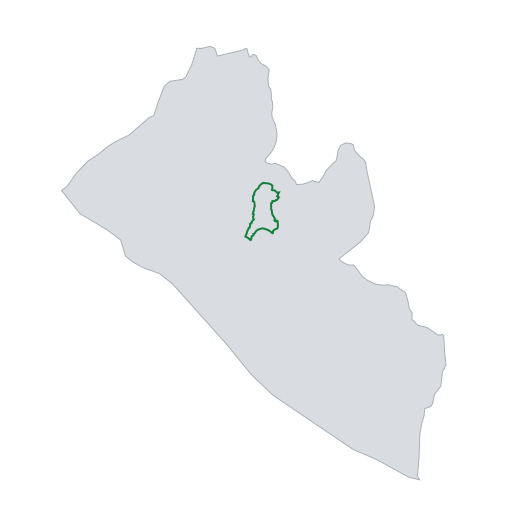 location of Jorquelleh, Bong, Liberia, rotated 6°
{"feature_id": "62588387B10332133917800", "entity_name": "Jorquelleh", "entity_type": "district", "adm_level": 2, "iso_a3": "LBR", "parent_name": "Liberia", "parent_adm1": "Bong", "projection": "mercator", "projection_center": [-9.438, 6.901], "detail": "fine", "context": "in_parent", "style": "outline", "palette": "green", "viewbox_px": 512, "rotation_deg": 6, "n_neighbors": 0, "source": "geoboundaries", "source_scale": "gbopen_adm2", "svg_char_len": 4497}
<svg xmlns="http://www.w3.org/2000/svg" viewBox="0 0 512 512"><g transform="rotate(6 256 256)"><path d="M55.7,211.1L60.9,206.7L68.5,192.6L79.1,179.0L89.0,171.0L96.9,162.7L105.2,156.4L117.1,149.0L135.3,129.5L139.6,127.2L142.5,113.7L147.1,96.5L152.3,91.2L164.7,88.0L167.6,85.0L172.0,72.9L174.9,58.8L175.1,55.7L180.0,55.3L188.4,52.3L193.2,53.7L195.3,57.7L196.5,61.2L221.8,52.4L224.0,50.5L225.3,50.8L228.5,58.8L230.3,58.3L231.9,56.0L233.6,55.8L235.5,56.9L237.5,60.6L240.7,63.9L246.2,66.2L249.7,69.4L249.3,77.9L250.7,86.2L253.0,88.1L254.3,93.0L254.9,98.4L256.3,101.2L257.2,106.7L256.7,112.5L257.7,116.6L261.7,123.7L264.2,132.7L264.3,139.0L262.8,145.7L260.1,151.7L255.4,158.4L255.0,161.0L257.8,162.7L262.1,163.1L265.6,161.7L274.6,164.7L279.3,169.1L283.4,174.5L287.1,177.3L288.8,180.7L295.1,179.7L302.5,176.4L304.0,174.9L306.2,175.7L311.0,176.1L314.3,170.2L317.0,163.4L322.8,156.0L325.6,153.1L326.3,148.4L326.6,142.4L328.7,137.1L333.4,134.2L338.5,134.2L341.3,135.3L342.7,140.4L346.8,144.3L350.3,147.0L352.2,148.1L355.1,151.1L357.9,161.4L368.8,194.6L368.3,203.7L366.1,209.7L366.1,215.6L365.3,221.4L358.6,230.8L338.9,250.2L340.4,251.9L345.1,254.1L349.9,255.3L353.9,254.7L358.8,259.5L364.1,265.6L369.8,268.7L377.9,271.5L385.0,271.8L391.0,270.8L399.6,272.0L408.6,277.0L411.9,285.3L414.0,292.5L417.2,296.2L417.6,302.5L424.1,308.0L433.2,309.1L445.2,315.5L448.2,315.2L449.5,314.4L451.0,315.6L454.0,334.2L456.3,344.1L455.1,348.1L453.5,351.2L453.4,366.2L448.0,374.9L447.1,384.3L445.6,387.4L439.8,390.1L439.8,397.4L438.2,406.1L437.6,415.5L439.2,439.9L439.5,458.0L442.1,461.5L430.9,460.0L397.9,446.1L372.5,438.1L287.4,392.7L263.7,374.4L236.4,347.2L175.8,292.4L161.9,283.6L144.5,279.3L133.7,274.7L126.1,269.6L119.9,254.4L104.8,245.3L76.8,232.5L55.7,211.1Z" fill="#d9dde1" stroke="#a8b0b8" stroke-width="1"/><path d="M274.5,223.0L274.4,222.3L274.0,220.2L273.9,219.6L273.8,219.0L273.3,218.7L272.4,219.2L272.0,219.5L271.3,219.4L270.9,219.1L270.7,218.6L270.6,218.4L271.2,217.6L270.5,216.3L270.2,215.9L268.9,214.2L268.1,213.4L267.9,212.7L267.4,211.4L267.4,211.2L267.0,209.6L266.8,208.6L266.2,208.0L266.1,207.3L266.0,205.8L265.9,205.5L265.8,204.6L265.6,203.0L265.5,201.9L266.1,201.5L266.6,201.3L266.6,201.2L266.6,199.6L267.8,199.6L269.0,199.3L269.2,199.1L269.6,198.6L269.7,198.4L270.4,198.4L270.5,198.4L270.7,198.2L271.0,198.0L272.0,196.4L272.6,195.3L270.8,194.6L270.7,194.3L271.5,193.5L271.5,193.2L271.5,192.5L271.4,191.7L271.5,191.5L272.0,190.9L272.2,190.4L270.3,190.8L269.7,190.2L268.8,189.5L267.7,189.0L267.6,188.9L267.2,188.8L265.1,188.8L265.0,188.3L265.1,185.8L264.9,184.8L264.9,184.6L264.9,184.3L263.1,183.1L262.6,183.0L261.4,182.7L260.0,182.5L259.6,182.5L258.8,182.6L257.9,182.6L256.9,182.5L256.0,182.7L255.8,182.8L255.5,182.7L255.4,182.6L254.9,182.9L254.4,183.3L253.3,184.4L253.2,184.5L252.8,184.9L251.6,186.9L251.6,187.1L251.5,188.2L250.1,189.4L250.0,189.5L249.1,190.4L248.3,191.9L248.2,192.0L248.1,192.4L247.9,193.1L247.5,193.8L247.6,194.2L247.9,194.9L247.8,195.2L247.6,195.1L247.5,195.4L247.6,195.7L247.1,196.2L247.0,196.3L246.9,196.5L246.9,196.9L246.8,197.3L246.9,198.2L247.0,198.6L247.1,199.4L247.1,199.6L247.1,200.4L247.1,200.5L247.0,200.8L247.3,201.1L247.2,201.8L248.0,201.9L248.1,202.1L248.3,202.2L248.7,202.8L248.8,203.3L248.9,203.5L249.0,204.1L249.5,206.2L249.6,206.7L249.2,208.0L249.2,208.4L249.1,209.4L249.1,210.7L248.9,211.5L248.7,212.1L248.9,212.3L248.4,214.3L249.0,214.6L249.3,214.8L249.5,214.9L249.2,216.1L249.1,216.7L248.9,217.1L249.2,217.9L249.3,218.8L250.1,219.9L250.0,220.0L249.1,220.9L249.0,221.0L248.4,222.2L248.4,222.4L248.3,223.3L248.2,223.3L247.6,223.6L247.0,224.3L246.8,224.5L247.2,225.3L246.9,225.7L246.9,226.3L246.9,227.7L246.6,228.6L245.8,228.8L245.6,230.1L245.0,231.5L244.9,231.7L244.6,233.0L244.5,233.6L244.4,234.4L243.9,236.1L243.8,236.5L243.5,237.1L243.5,238.0L244.8,238.2L245.6,238.7L245.9,238.8L246.5,239.0L247.5,239.8L248.2,240.4L249.0,240.7L249.3,240.3L249.5,239.4L249.6,238.7L249.4,238.0L249.7,236.9L249.9,236.8L250.4,236.4L250.7,236.1L251.0,236.0L251.4,235.5L251.6,234.9L251.4,234.6L251.6,234.6L252.1,233.7L252.8,232.5L252.9,232.4L253.0,232.2L253.6,231.2L254.7,230.1L255.2,229.6L255.9,229.4L256.0,229.3L257.0,228.8L258.3,228.2L259.2,228.0L259.7,227.8L262.1,228.1L264.5,228.7L265.3,228.9L265.6,229.1L266.6,229.5L267.5,229.9L268.8,230.9L269.7,231.6L269.9,231.7L270.5,231.2L270.4,230.6L270.3,230.1L270.3,229.7L270.6,228.9L271.0,228.6L271.9,227.7L273.6,226.8L273.8,226.7L274.0,226.6L274.6,225.6L274.6,223.1L274.5,223.0Z" fill="none" stroke="#15803d" stroke-width="2"/></g></svg>